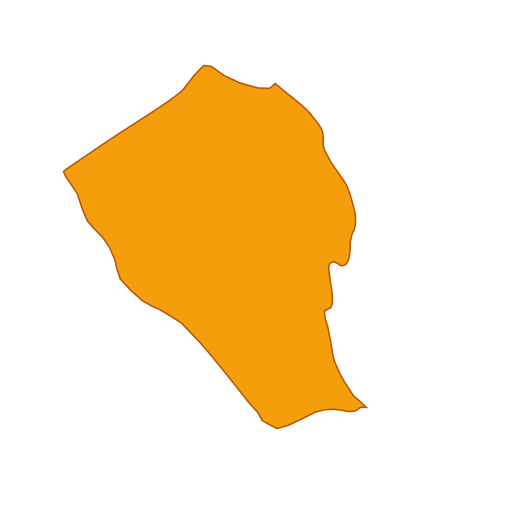 outline of Louetsi-Bibaka, Ngounié, Gabon, rotated 146°
{"feature_id": "22940354B39129548134605", "entity_name": "Louetsi-Bibaka", "entity_type": "district", "adm_level": 2, "iso_a3": "GAB", "parent_name": "Gabon", "parent_adm1": "Ngounié", "projection": "equal_earth", "projection_center": [12.206, -2.115], "detail": "fine", "context": "isolated", "style": "filled", "palette": "amber", "viewbox_px": 512, "rotation_deg": 146, "n_neighbors": 0, "source": "geoboundaries", "source_scale": "gbopen_adm2", "svg_char_len": 1490}
<svg xmlns="http://www.w3.org/2000/svg" viewBox="0 0 512 512"><g transform="rotate(146 256 256)"><path d="M249.2,68.8L250.8,76.3L253.3,85.3L253.1,101.4L252.5,109.2L251.6,115.5L250.1,123.5L248.3,129.4L246.0,134.5L242.5,142.1L239.8,148.4L236.0,157.3L233.7,165.2L230.2,171.9L227.0,171.9L222.9,171.4L219.5,173.7L216.9,177.3L213.7,182.6L211.1,187.8L209.1,192.3L205.1,200.3L202.4,205.7L198.8,208.6L195.3,208.2L192.6,204.6L191.3,200.8L188.8,199.0L185.3,199.0L181.0,201.4L176.6,205.9L173.7,209.7L170.2,214.7L166.5,218.2L163.5,220.9L160.2,222.5L156.4,226.1L152.2,231.7L149.7,236.6L147.2,243.5L143.9,253.4L141.4,263.4L141.1,269.9L141.2,277.3L141.4,284.9L141.4,291.4L140.6,299.3L140.1,304.9L138.2,310.4L134.8,315.4L131.8,320.5L130.6,325.2L130.6,333.3L131.6,345.3L132.9,351.7L134.8,359.0L136.7,365.4L139.5,374.2L141.4,380.6L142.9,385.7L143.4,388.2L150.8,387.4L160.5,394.2L173.2,409.3L181.7,423.9L187.2,438.5L193.0,443.2L205.7,440.5L224.7,434.3L239.4,433.3L259.2,433.3L285.1,433.8L312.2,434.3L364.5,434.1L368.5,433.5L369.3,427.9L369.3,414.7L369.3,407.4L373.2,394.1L376.2,379.7L375.2,370.4L372.7,356.7L372.7,344.4L375.2,331.7L378.4,323.4L381.4,312.7L379.2,298.4L375.2,282.3L370.7,273.3L366.0,265.7L360.6,254.3L355.4,242.3L353.2,229.6L350.7,215.0L348.7,197.3L346.5,172.3L345.2,155.6L344.0,139.2L342.0,125.3L342.9,116.0L335.3,101.4L324.4,97.6L307.5,95.1L294.0,93.4L284.6,89.9L277.1,85.3L271.4,80.4L265.6,74.8L260.4,72.0L253.7,72.0L249.2,68.8Z" fill="#f59e0b" stroke="#b45309" stroke-width="1.5"/></g></svg>